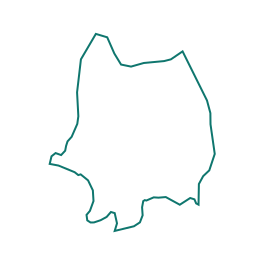 the State of Ekiti, rotated 169°
{"feature_id": "NGA-2854", "entity_name": "Ekiti", "entity_type": "State", "adm_level": 1, "iso_a3": "NGA", "parent_name": "Nigeria", "parent_adm1": "", "projection": "equal_earth", "projection_center": [5.414, 7.675], "detail": "fine", "context": "isolated", "style": "outline", "palette": "teal", "viewbox_px": 256, "rotation_deg": 169, "n_neighbors": 0, "source": "natural_earth", "source_scale": "10m", "svg_char_len": 858}
<svg xmlns="http://www.w3.org/2000/svg" viewBox="0 0 256 256"><g transform="rotate(169 128 128)"><path d="M160.7,29.5L157.0,36.5L157.3,47.0L160.8,48.8L165.9,44.8L172.5,42.7L179.4,41.8L182.8,42.4L185.6,45.1L185.3,50.6L181.2,53.9L175.8,62.9L174.4,73.5L177.2,84.2L183.3,91.5L185.8,91.3L188.8,94.8L203.4,104.4L211.7,107.7L208.5,114.8L203.9,117.2L198.8,114.2L194.0,117.7L192.2,122.2L189.9,126.4L185.0,130.1L177.0,141.7L174.5,149.0L171.2,172.7L161.1,204.4L141.6,226.5L131.1,221.0L127.2,203.7L122.7,191.6L113.3,187.7L100.1,188.8L79.8,186.8L72.8,187.2L59.8,192.8L45.2,139.9L44.3,126.9L46.3,115.9L47.8,86.0L56.3,70.9L63.4,66.4L69.1,59.5L73.4,39.3L75.5,41.0L76.4,45.3L80.3,47.4L91.8,42.8L104.1,53.0L111.4,53.8L116.0,55.0L123.8,53.3L125.3,54.0L127.0,53.3L129.3,47.5L130.3,39.5L134.3,33.1L140.9,30.4L160.7,29.5Z" fill="none" stroke="#0f766e" stroke-width="2"/></g></svg>